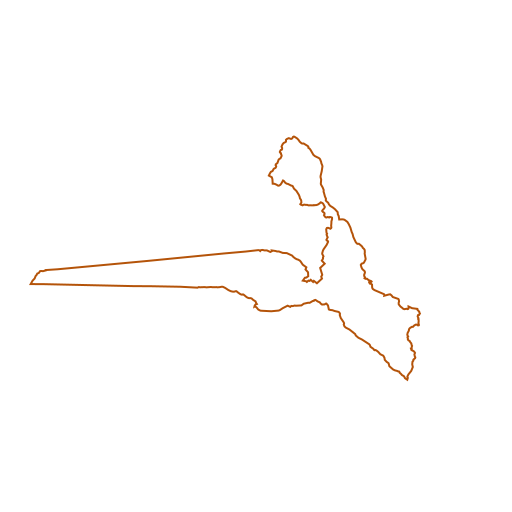 the district of Cartago, Cartago, Costa Rica, rotated 116°
{"feature_id": "36466004B19971785414820", "entity_name": "Cartago", "entity_type": "district", "adm_level": 2, "iso_a3": "CRI", "parent_name": "Costa Rica", "parent_adm1": "Cartago", "projection": "equal_earth", "projection_center": [-83.947, 9.787], "detail": "fine", "context": "isolated", "style": "outline", "palette": "amber", "viewbox_px": 512, "rotation_deg": 116, "n_neighbors": 0, "source": "geoboundaries", "source_scale": "gbopen_adm2", "svg_char_len": 6068}
<svg xmlns="http://www.w3.org/2000/svg" viewBox="0 0 512 512"><g transform="rotate(116 256 256)"><path d="M280.5,193.5L278.0,192.2L275.2,188.7L274.5,187.2L271.6,185.3L270.9,184.3L270.2,184.3L269.4,183.3L269.8,180.6L269.7,178.3L270.4,177.0L270.7,175.3L270.3,174.8L269.5,173.2L268.0,172.2L267.9,171.9L268.9,169.6L272.1,167.1L272.0,165.9L271.2,163.5L271.0,161.3L270.1,157.5L270.1,156.9L270.4,156.1L271.2,155.1L272.3,154.9L274.6,152.6L277.3,147.9L278.1,147.2L279.1,147.1L280.5,145.6L281.0,143.9L281.1,139.8L282.6,133.0L282.7,132.6L283.7,131.5L284.6,128.1L284.6,124.3L285.7,115.5L286.2,114.5L287.4,113.4L288.0,109.8L288.7,108.5L288.7,108.1L288.1,107.3L288.2,105.9L288.6,104.1L289.8,101.2L289.8,97.9L291.1,96.0L292.9,94.7L293.9,92.1L294.1,90.5L294.3,89.8L296.6,87.8L297.9,83.0L297.9,81.1L297.4,78.6L297.5,78.1L297.1,76.7L297.3,76.3L297.9,75.8L298.5,73.7L299.0,72.8L299.2,70.3L300.5,68.5L300.9,65.8L299.0,66.1L298.3,67.0L297.4,67.1L295.6,67.1L291.3,66.1L287.0,66.4L284.9,68.1L282.4,69.0L281.1,68.7L280.1,69.1L278.1,68.2L277.2,68.4L276.8,69.1L275.0,70.5L273.4,70.6L272.8,71.5L272.4,72.6L272.4,75.0L271.3,76.1L270.9,75.5L269.8,76.1L268.4,76.3L267.8,77.1L266.5,78.1L265.6,80.0L265.0,80.7L265.0,81.9L264.5,82.9L263.7,83.2L262.7,84.2L262.1,84.3L261.7,84.0L260.5,85.5L260.1,85.6L258.6,86.0L256.1,85.9L255.0,86.3L254.0,86.3L252.8,85.8L251.3,84.8L250.9,83.9L249.0,83.3L247.5,82.2L247.2,81.2L247.4,80.0L247.0,79.4L246.6,79.3L245.1,80.6L243.6,81.1L241.7,82.1L241.5,82.7L240.7,82.7L239.5,84.2L238.2,84.5L237.5,83.6L235.8,83.5L235.5,84.1L234.5,84.9L233.5,87.4L232.8,87.8L234.5,92.9L234.5,96.8L236.3,95.9L237.0,96.1L237.3,96.4L237.4,97.5L238.8,99.4L238.9,100.6L238.5,101.9L238.1,104.0L236.9,106.5L235.7,107.2L234.1,107.5L232.7,108.5L232.2,109.2L232.9,115.1L232.0,116.9L231.6,118.6L232.6,120.0L235.5,123.3L234.7,123.5L234.2,124.2L234.7,134.6L234.4,136.6L234.1,137.1L233.2,137.9L230.8,139.2L230.8,139.9L230.5,140.4L230.9,141.5L230.1,142.8L229.7,142.9L229.1,141.6L228.6,141.0L228.3,140.9L228.1,141.3L228.3,144.4L227.8,146.2L228.5,147.6L228.4,148.7L227.4,148.6L226.8,149.7L225.7,150.5L223.2,150.8L222.5,151.2L222.0,151.8L221.2,154.6L220.0,156.2L218.1,157.9L216.6,157.7L215.7,156.7L214.7,156.1L211.2,156.0L210.5,156.2L206.2,159.4L205.0,159.8L203.0,160.9L202.3,162.0L201.8,163.7L201.0,164.7L200.4,166.7L199.9,168.9L200.5,169.9L200.6,170.5L199.9,172.3L196.3,176.8L193.9,178.8L192.5,180.5L189.1,183.6L186.7,186.6L185.3,188.8L184.7,191.9L184.7,193.0L185.2,194.5L186.7,197.2L183.7,199.3L182.7,200.7L180.8,201.8L179.3,205.6L178.7,208.3L178.4,211.3L177.6,213.1L176.5,214.5L175.9,216.9L175.4,217.7L173.9,218.2L172.3,220.1L169.1,222.9L168.7,223.4L167.0,224.1L165.2,226.1L163.3,228.9L162.7,229.4L158.8,230.9L156.9,232.5L155.9,233.0L151.0,234.1L146.2,235.6L145.2,236.5L144.1,237.8L142.4,239.1L142.0,239.8L141.1,240.6L140.6,241.5L140.4,242.5L140.4,246.8L139.9,248.8L136.7,253.5L136.0,254.9L135.8,256.4L134.9,256.8L134.5,257.5L134.0,262.5L134.7,263.9L134.7,264.6L134.1,266.8L133.0,268.7L132.3,270.6L132.0,273.0L132.0,274.3L132.7,274.9L134.3,275.0L135.1,275.4L135.5,276.1L135.6,277.6L135.8,278.3L137.4,279.6L138.5,280.0L139.7,279.3L140.5,279.3L142.3,280.7L144.0,281.1L146.5,281.0L147.4,279.9L148.5,279.4L149.1,279.4L149.9,280.2L151.7,280.3L152.2,280.1L152.6,279.4L152.7,278.6L153.5,278.1L154.3,277.1L155.1,276.8L157.5,276.8L158.6,277.6L159.5,277.9L163.0,277.5L164.9,278.4L165.8,278.2L166.1,277.6L166.6,277.1L167.8,277.0L168.4,277.2L169.4,278.0L170.0,278.3L172.4,278.4L173.8,279.5L175.6,279.7L178.1,279.7L178.3,276.3L179.8,274.9L183.7,272.7L183.0,271.0L182.9,268.8L183.1,267.2L182.8,266.3L181.3,265.3L179.7,265.0L176.3,264.8L176.4,263.7L177.3,261.9L177.5,260.8L177.5,259.9L177.2,258.8L177.3,255.2L177.1,254.6L177.1,253.7L178.8,251.4L179.8,248.2L182.3,244.2L183.7,242.7L184.9,241.8L185.8,240.2L186.7,239.4L188.2,238.6L190.0,238.9L190.2,238.2L190.0,236.3L189.1,235.7L188.6,235.0L188.3,233.9L187.6,232.4L187.5,231.1L187.2,230.4L186.8,229.9L186.1,228.2L185.0,226.1L184.8,226.1L184.7,225.7L183.7,224.0L182.7,223.0L180.7,221.8L179.4,221.4L179.3,221.1L179.3,219.5L179.6,218.5L181.8,215.6L183.4,215.6L185.3,216.2L186.5,216.3L187.0,215.3L187.3,213.5L188.1,212.8L189.5,212.8L190.4,211.4L190.7,210.0L190.5,209.5L189.7,208.9L189.3,207.2L188.9,207.2L188.3,206.0L188.2,204.5L189.5,203.8L191.8,203.4L193.8,202.5L195.7,201.8L197.5,200.7L198.0,200.7L198.9,201.1L199.0,203.3L199.5,204.3L199.8,204.6L201.2,204.6L203.6,203.2L204.5,202.5L204.8,201.9L205.9,201.9L207.5,200.2L207.7,199.8L210.6,199.8L211.0,199.3L211.1,197.9L211.5,197.5L211.9,197.4L215.2,197.4L220.4,198.2L221.9,198.2L224.5,197.7L225.2,197.3L226.7,195.2L227.9,195.2L229.0,194.6L231.3,194.8L232.8,190.9L238.6,193.1L243.9,188.2L246.0,188.3L247.4,186.8L253.8,189.3L253.0,193.1L254.3,193.3L253.4,196.4L254.9,196.9L255.1,198.1L257.0,198.9L256.7,199.6L257.6,203.1L254.1,202.5L253.3,201.3L251.3,200.2L247.8,202.1L246.4,205.6L244.1,205.8L243.3,210.2L241.4,213.4L240.9,214.7L240.8,216.8L241.0,217.4L241.0,219.5L240.5,222.0L239.8,223.7L239.9,229.6L241.5,233.3L241.9,237.4L242.7,239.0L242.9,240.5L244.0,244.0L244.3,243.6L246.1,244.9L246.2,248.7L247.3,250.9L247.6,252.6L248.5,254.1L249.7,254.4L249.4,255.6L249.7,256.5L256.5,267.2L267.7,285.8L307.6,350.7L354.9,428.5L360.8,438.8L361.1,438.6L363.1,440.9L363.3,441.8L364.2,443.4L366.5,443.8L367.7,444.9L369.3,444.9L370.6,445.3L373.3,445.1L376.1,446.0L380.0,446.2L374.1,433.9L337.1,353.6L328.8,336.3L316.8,310.5L310.1,294.7L309.0,293.8L308.7,292.7L306.4,288.4L305.9,286.8L303.6,282.9L303.2,281.6L301.3,277.8L301.1,277.0L299.9,275.0L298.5,273.1L298.2,272.0L298.2,269.7L298.7,266.0L298.7,263.4L298.3,261.5L297.7,260.1L296.3,258.5L296.3,257.7L296.6,256.7L297.1,253.8L297.1,252.2L296.7,251.3L296.2,250.9L296.2,250.0L297.1,246.3L297.1,244.6L296.9,243.7L296.2,242.3L296.1,241.2L296.7,239.3L297.0,236.5L298.1,235.4L298.8,234.2L299.9,235.2L300.3,235.3L301.4,235.4L302.2,235.2L301.9,235.0L301.8,234.0L302.0,232.9L303.1,230.6L303.2,228.8L303.1,227.8L299.0,218.1L295.1,211.7L294.1,210.8L291.2,209.1L286.8,205.8L286.7,202.9L285.4,202.4L284.9,201.0L283.5,199.4L283.3,198.5L280.5,193.5Z" fill="none" stroke="#b45309" stroke-width="2"/></g></svg>